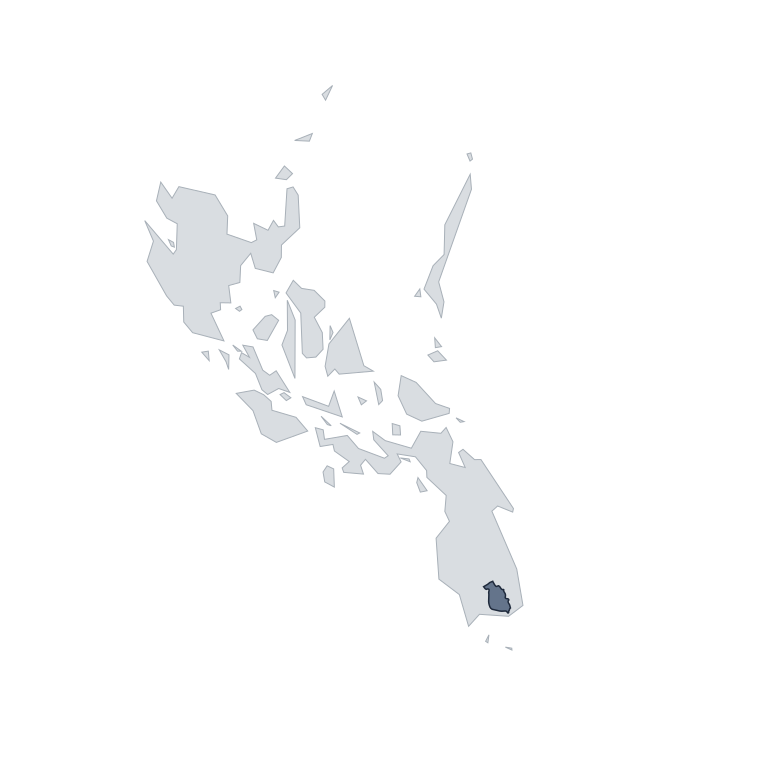 Philippines, with Apayao highlighted, rotated 157°
{"feature_id": "PHL-2546", "entity_name": "Apayao", "entity_type": "Province", "adm_level": 1, "iso_a3": "PHL", "parent_name": "Philippines", "parent_adm1": "", "projection": "natural_earth1", "projection_center": [121.11, 18.109], "detail": "fine", "context": "in_parent", "style": "filled", "palette": "slate", "viewbox_px": 768, "rotation_deg": 157, "n_neighbors": 0, "source": "natural_earth", "source_scale": "10m", "svg_char_len": 4849}
<svg xmlns="http://www.w3.org/2000/svg" viewBox="0 0 768 768"><g transform="rotate(157 384 384)"><path d="M360.1,121.5L386.1,134.7L400.8,127.9L396.9,160.7L409.7,182.9L396.3,221.7L377.4,232.0L377.8,242.9L370.3,257.1L381.0,281.3L378.6,287.7L383.5,304.7L399.2,314.5L398.7,305.6L413.7,298.6L424.5,303.9L430.5,321.9L437.3,318.4L438.1,309.1L455.6,318.4L455.3,323.1L446.3,326.2L455.8,341.7L454.6,348.3L467.2,351.4L464.3,370.6L457.9,365.6L460.4,356.3L437.9,351.0L432.7,334.6L412.6,315.5L408.2,316.3L415.2,336.6L412.9,344.8L405.0,331.4L383.9,314.2L368.6,326.1L350.9,316.4L343.8,319.7L343.1,303.9L354.5,285.1L341.9,275.4L342.1,291.8L336.8,293.0L330.2,279.0L324.3,276.6L313.5,218.8L315.6,215.8L327.1,227.3L334.4,224.8L334.1,161.8L342.6,125.9L360.1,121.5ZM514.5,486.2L540.1,506.0L544.1,519.3L538.3,534.0L546.3,538.6L549.7,550.1L554.2,589.4L540.4,605.6L540.4,627.9L527.3,585.9L522.6,588.8L511.7,612.3L519.1,621.5L521.9,641.5L510.6,657.1L506.5,637.8L495.7,645.8L465.6,624.0L462.2,599.8L470.0,583.3L450.9,566.0L444.8,566.4L441.2,582.8L430.7,570.8L421.8,577.8L419.9,569.9L413.7,568.2L397.0,601.6L390.7,600.9L389.2,591.4L400.5,560.7L424.1,552.0L429.1,540.6L442.6,529.6L457.3,540.7L455.6,556.4L469.7,549.0L477.0,533.8L488.5,535.3L493.3,518.5L503.0,522.8L505.4,516.2L515.6,516.8L514.5,486.2ZM438.6,506.1L427.0,514.9L422.5,504.2L411.7,497.5L406.0,483.5L408.5,477.8L422.1,472.7L420.7,455.5L426.5,439.8L436.2,435.4L445.1,438.3L447.2,444.1L432.9,481.8L438.6,506.1ZM505.9,372.3L516.4,386.1L515.0,410.7L523.7,433.1L505.9,429.1L498.9,421.1L494.7,412.1L497.4,403.6L478.0,387.7L472.6,370.5L505.9,372.3ZM388.8,400.0L421.4,410.6L423.4,417.0L432.7,413.1L431.3,423.3L419.0,442.4L390.2,458.0L395.4,408.7L388.8,400.0ZM265.8,506.8L222.7,543.4L227.4,529.1L293.8,456.6L296.7,436.2L305.5,422.2L304.5,437.0L310.1,455.7L292.6,473.7L278.1,479.7L265.8,506.8ZM335.5,331.5L363.7,335.0L374.9,347.4L375.6,367.7L364.9,385.0L353.8,372.9L344.2,345.9L333.2,335.9L335.5,331.5ZM482.7,421.0L495.2,419.8L498.6,426.4L498.2,443.9L507.3,463.6L502.9,468.5L497.4,461.1L498.8,474.9L490.1,469.3L490.2,444.1L485.8,436.7L478.1,438.3L474.0,413.1L482.7,421.0ZM440.3,498.9L440.8,477.6L463.8,423.9L462.7,459.8L451.9,471.0L440.3,498.9ZM483.5,485.0L466.9,492.7L460.3,491.7L456.1,483.8L474.4,469.7L482.9,475.1L483.5,485.0ZM435.3,370.0L463.7,395.3L463.9,404.2L443.7,385.1L432.6,397.0L435.3,370.0ZM474.5,326.8L468.3,330.9L463.5,325.5L470.0,308.5L476.8,317.0L474.5,326.8ZM403.4,615.9L390.5,623.6L386.0,613.4L394.0,610.2L403.4,615.9ZM317.2,381.6L329.3,384.9L332.3,393.5L321.6,393.6L317.2,381.6ZM388.7,330.6L395.8,333.8L391.9,344.4L385.7,339.3L388.7,330.6ZM357.8,636.7L371.1,643.1L352.1,642.6L357.8,636.7ZM522.3,479.8L515.3,471.4L521.3,458.1L520.7,466.2L522.3,479.8ZM396.9,367.1L392.3,389.6L389.1,380.3L391.8,369.3L396.9,367.1ZM326.9,668.1L327.8,674.8L314.7,678.9L326.9,668.1ZM392.8,270.3L392.4,280.4L389.3,284.6L386.0,268.9L392.8,270.3ZM416.6,445.8L410.8,458.8L410.8,451.3L416.6,445.8ZM322.5,397.4L319.3,406.7L316.4,395.9L322.5,397.4ZM483.8,414.9L479.4,415.1L475.1,407.7L480.4,406.9L483.8,414.9ZM413.0,373.7L413.0,382.2L406.7,375.3L413.0,373.7ZM539.3,484.5L532.9,482.9L535.8,473.8L539.3,484.5ZM428.5,348.2L439.9,365.1L425.5,348.4L428.5,348.2ZM321.5,452.8L313.9,457.5L316.0,449.9L321.5,452.8ZM450.4,505.9L449.0,513.1L444.7,509.5L450.4,505.9ZM452.0,368.8L454.5,378.9L448.9,366.2L452.0,368.8ZM217.7,563.3L213.8,562.8L214.7,556.4L217.7,555.6L217.7,563.3ZM491.1,511.5L486.1,511.9L485.7,508.1L488.6,507.4L491.1,511.5ZM526.0,601.1L522.4,596.6L523.5,591.9L525.9,594.2L526.0,601.1ZM328.8,319.0L330.9,324.7L325.0,318.1L328.8,319.0ZM506.0,471.5L508.0,479.0L502.5,469.9L506.0,471.5ZM391.0,107.4L385.4,112.1L389.5,105.2L391.0,107.4ZM397.9,309.6L390.2,305.2L390.3,302.2L397.9,309.6ZM370.2,89.1L375.1,94.4L369.6,90.9L370.2,89.1Z" fill="#d9dde1" stroke="#a8b0b8" stroke-width="1"/><path d="M354.4,148.2L354.3,147.7L354.2,147.6L354.7,147.0L354.7,145.9L354.4,143.7L354.5,142.8L354.7,142.1L355.0,141.4L355.8,140.3L355.9,139.8L355.8,139.4L355.5,138.9L355.0,138.5L354.3,138.1L353.7,137.7L353.4,136.9L353.5,136.4L353.8,136.2L354.2,136.0L354.6,135.6L354.9,134.8L355.0,134.0L354.9,133.1L354.7,132.3L354.7,131.3L355.0,129.4L355.1,128.4L356.0,128.1L356.5,127.5L357.0,126.9L357.7,126.4L358.1,126.0L358.3,125.4L358.6,124.9L359.1,124.7L359.6,125.0L359.7,125.5L359.8,126.2L360.1,126.9L360.9,127.6L364.5,128.9L366.3,129.9L372.5,134.4L373.3,135.7L373.6,137.3L373.5,139.2L373.2,141.1L372.7,142.8L369.7,149.3L369.1,151.2L368.8,151.7L368.2,152.5L367.7,153.3L367.7,154.1L368.5,154.8L369.2,155.0L369.6,154.9L370.1,155.0L370.6,155.6L370.9,156.2L371.3,157.8L371.5,158.5L366.9,159.1L364.2,159.9L361.0,159.9L361.0,159.3L360.6,155.8L360.4,155.1L360.2,154.4L359.8,153.8L359.5,153.7L358.1,153.6L357.7,153.6L357.4,153.5L357.0,152.9L356.7,152.4L356.6,152.0L356.2,149.9L355.9,149.1L355.3,148.5L354.4,148.2Z" fill="#64748b" stroke="#1e293b" stroke-width="1.5"/></g></svg>